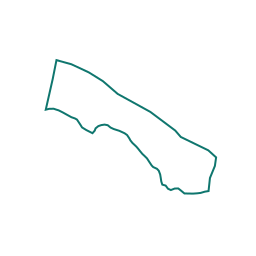 Santa Catarina Palopó, Sololá, Guatemala (Mercator projection), rotated 332°
{"feature_id": "79465075B20909144417391", "entity_name": "Santa Catarina Palopó", "entity_type": "district", "adm_level": 2, "iso_a3": "GTM", "parent_name": "Guatemala", "parent_adm1": "Sololá", "projection": "mercator", "projection_center": [-91.132, 14.719], "detail": "fine", "context": "isolated", "style": "outline", "palette": "teal", "viewbox_px": 256, "rotation_deg": 332, "n_neighbors": 0, "source": "geoboundaries", "source_scale": "gbopen_adm2", "svg_char_len": 1006}
<svg xmlns="http://www.w3.org/2000/svg" viewBox="0 0 256 256"><g transform="rotate(332 128 128)"><path d="M169.5,221.5L176.9,210.6L186.9,202.3L192.0,195.3L188.4,185.4L170.4,160.7L168.5,152.4L155.3,124.3L134.9,93.1L127.8,74.8L119.5,60.5L107.9,45.1L96.7,34.5L84.6,49.3L64.0,73.2L67.5,74.1L71.4,76.1L73.4,78.2L75.0,79.8L76.5,81.9L77.9,83.9L79.9,87.0L83.1,91.9L85.6,94.6L86.9,96.6L87.5,102.8L87.7,105.9L90.2,110.2L94.2,115.9L97.4,114.7L99.2,113.1L102.7,112.4L105.8,112.9L108.9,114.0L111.4,116.0L112.8,119.4L114.9,122.2L119.0,126.4L122.5,131.0L123.9,133.8L124.3,137.8L124.3,140.1L124.9,143.3L125.7,145.6L126.6,148.3L127.2,150.9L127.8,154.2L128.5,157.6L129.4,160.2L130.5,163.7L130.9,168.2L131.3,172.2L131.9,174.3L134.4,177.6L135.1,180.2L134.6,184.1L133.6,187.1L132.3,190.8L131.7,194.1L134.2,196.5L134.8,200.4L136.7,202.9L140.9,203.4L144.0,205.0L145.3,207.9L147.1,212.3L149.1,213.4L151.8,214.9L154.7,216.5L158.3,218.1L161.6,219.4L166.0,220.3L169.5,221.5Z" fill="none" stroke="#0f766e" stroke-width="2"/></g></svg>